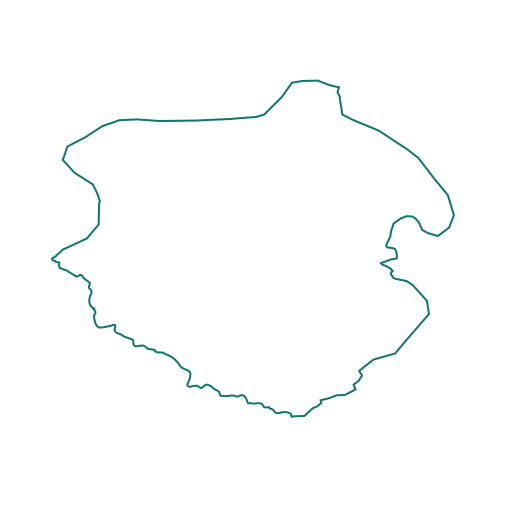 outline of Al Haymah Ad Dakhiliyah, Sana'a, Yemen, rotated 261°
{"feature_id": "15242507B54725687699919", "entity_name": "Al Haymah Ad Dakhiliyah", "entity_type": "district", "adm_level": 2, "iso_a3": "YEM", "parent_name": "Yemen", "parent_adm1": "Sana'a", "projection": "equal_earth", "projection_center": [43.819, 15.276], "detail": "fine", "context": "isolated", "style": "outline", "palette": "teal", "viewbox_px": 512, "rotation_deg": 261, "n_neighbors": 0, "source": "geoboundaries", "source_scale": "gbopen_adm2", "svg_char_len": 5214}
<svg xmlns="http://www.w3.org/2000/svg" viewBox="0 0 512 512"><g transform="rotate(261 256 256)"><path d="M285.4,54.2L284.6,54.1L283.7,54.5L283.3,55.0L283.1,55.7L282.4,56.8L281.3,57.6L280.8,60.1L280.1,60.6L279.5,60.5L278.3,60.0L276.7,60.0L275.3,60.1L274.5,61.2L274.3,61.1L273.4,63.0L272.6,64.0L272.1,65.4L271.4,66.7L270.4,67.8L269.4,68.8L268.0,70.4L267.0,71.7L265.9,72.9L265.0,74.0L264.2,75.1L263.6,76.5L264.2,77.9L264.9,79.2L264.3,80.5L263.3,81.5L262.0,82.0L260.6,82.7L259.6,83.9L258.5,84.7L257.3,86.1L256.3,87.0L255.2,87.7L254.0,87.2L252.9,86.6L251.5,86.2L249.9,86.3L249.5,86.6L248.9,87.3L247.6,87.9L246.5,87.9L246.3,87.9L244.9,87.5L243.7,86.8L242.5,86.0L241.2,85.4L240.0,84.9L239.7,84.8L238.8,84.5L237.4,84.2L236.2,84.2L234.9,84.3L233.3,84.6L232.1,85.3L231.0,86.1L230.6,86.3L230.3,86.8L230.3,86.5L229.7,86.8L228.4,87.5L227.0,88.4L225.8,88.7L225.7,88.7L224.5,88.3L223.4,87.5L222.3,86.5L221.1,86.5L219.5,86.5L218.2,86.5L217.5,86.6L216.8,86.6L215.5,86.7L215.1,86.8L214.3,87.0L213.1,87.4L211.9,88.0L210.5,89.0L210.1,89.3L209.6,91.4L209.5,92.9L209.4,94.5L209.5,96.1L209.6,98.0L209.7,100.0L209.8,101.6L210.2,103.2L210.3,104.7L209.7,106.1L209.3,106.1L208.4,106.0L207.2,105.5L206.0,104.9L204.6,104.8L203.3,105.1L202.1,106.2L201.1,107.8L200.3,109.2L199.4,110.7L198.4,111.7L197.5,112.7L196.6,113.8L195.8,115.5L195.1,116.8L194.1,118.6L193.4,119.9L192.4,121.2L191.1,121.4L189.8,121.3L188.6,121.2L187.4,121.3L186.3,122.1L185.5,123.5L185.5,125.3L185.5,127.1L185.4,128.7L185.3,130.4L184.7,131.5L183.3,132.9L182.1,133.8L181.0,135.2L180.5,136.6L180.2,138.2L179.7,139.8L179.4,140.4L179.3,140.5L179.0,141.4L177.7,141.6L176.5,142.8L176.1,144.3L176.0,144.9L175.7,146.2L175.4,148.0L174.8,149.6L174.3,150.1L173.5,150.9L172.7,152.3L171.9,153.7L170.9,155.1L170.7,155.3L169.8,156.4L169.2,157.1L168.8,157.6L167.7,158.5L166.6,159.7L165.4,160.4L165.2,160.5L164.1,161.4L163.4,161.8L162.8,162.2L161.6,162.8L160.4,163.4L159.3,163.9L158.0,164.7L156.9,165.9L155.9,167.0L155.0,168.6L154.2,170.0L153.0,171.4L151.7,172.6L150.4,172.8L149.2,172.6L147.8,172.3L146.6,171.9L145.4,171.4L144.0,170.7L142.8,170.0L141.6,169.1L140.3,168.2L139.0,168.1L137.9,168.7L137.1,170.1L137.1,171.7L137.4,173.5L137.4,175.3L137.0,177.5L136.3,178.8L135.2,179.6L134.3,180.9L134.5,182.5L135.3,183.6L136.0,184.8L136.7,186.5L136.4,188.3L135.5,189.7L134.6,191.1L133.5,191.9L132.3,192.9L131.2,193.9L130.3,195.0L129.5,196.3L128.4,197.5L127.2,198.4L126.0,198.5L124.8,198.7L123.5,199.4L122.9,200.9L122.7,202.0L122.6,202.6L122.4,204.2L122.2,206.0L122.1,207.8L122.1,209.3L122.0,210.9L121.5,212.6L120.8,214.0L120.0,215.6L120.3,217.1L120.8,218.7L120.7,220.5L120.1,221.9L119.0,222.8L117.8,223.6L116.3,224.1L115.0,224.4L113.7,224.6L112.4,224.9L111.7,225.2L111.5,227.2L111.3,228.7L110.5,230.6L110.5,232.6L110.4,234.2L110.2,235.7L109.7,237.2L109.1,238.7L107.9,239.2L106.7,239.6L105.5,240.4L104.8,242.1L104.8,243.8L104.5,245.4L103.4,245.6L103.1,246.4L102.1,247.9L101.3,248.9L100.8,249.3L98.7,250.3L97.8,251.4L97.2,255.3L97.5,256.4L97.5,259.2L97.0,261.8L95.8,264.6L94.3,265.8L93.0,265.9L91.9,266.1L91.7,266.1L91.7,268.6L91.5,270.2L90.4,278.8L92.7,282.1L94.9,285.4L96.9,288.5L97.9,293.1L100.8,297.6L103.4,297.3L104.1,306.2L105.8,313.8L104.9,322.2L108.3,332.5L108.6,333.4L113.7,332.3L116.6,337.8L121.4,342.1L126.4,339.9L135.3,355.8L137.9,377.6L137.9,377.8L138.0,378.3L145.6,386.9L150.6,392.8L169.2,414.9L171.7,417.8L185.1,417.8L185.2,417.7L191.0,413.9L197.2,409.9L199.1,408.6L202.5,406.4L207.6,401.0L209.7,395.5L211.7,390.1L213.0,388.2L215.6,387.0L217.9,386.3L219.9,388.7L221.2,387.5L222.1,387.3L225.9,382.7L227.6,379.6L228.5,378.8L229.4,378.2L230.4,383.2L231.5,388.6L231.5,394.5L232.4,394.8L234.3,395.3L237.4,395.3L241.2,394.4L242.6,391.7L243.9,387.1L245.6,386.2L247.7,387.1L248.8,387.9L254.0,391.6L255.6,392.1L258.2,392.9L259.5,393.4L263.6,395.5L266.5,396.9L270.3,404.6L271.5,409.8L271.7,410.7L271.7,410.9L270.7,416.4L268.0,419.5L266.9,420.1L263.5,422.3L257.6,423.7L256.2,424.1L255.6,424.4L251.7,429.5L248.8,435.6L247.3,438.8L253.7,450.9L253.8,451.2L261.3,455.5L264.4,457.4L265.3,457.9L271.5,457.0L280.7,455.8L281.7,455.6L286.1,455.0L299.1,447.4L304.7,444.0L305.4,443.7L312.2,440.0L317.0,437.4L323.0,434.1L327.5,431.7L329.6,429.6L330.3,429.0L338.9,420.8L342.9,416.3L347.0,411.8L351.6,406.8L358.2,399.5L360.3,397.2L362.9,393.1L365.9,388.2L371.9,378.4L372.5,377.5L376.1,371.7L380.2,366.2L381.8,364.1L382.3,363.5L398.9,363.4L399.6,363.7L399.9,363.8L400.1,363.7L404.9,362.1L409.6,364.3L413.4,355.2L415.0,352.3L419.6,344.3L420.6,336.7L421.5,329.9L421.6,329.4L421.6,326.5L421.5,318.5L419.7,316.8L409.0,306.4L403.6,298.9L403.0,298.0L395.2,287.3L394.4,286.2L393.3,278.0L394.0,269.7L395.2,254.0L395.3,252.3L396.9,238.5L397.6,232.1L399.3,217.0L399.9,213.0L400.0,212.5L400.6,208.0L402.5,194.9L403.0,191.8L404.4,181.7L407.6,168.2L408.2,165.3L409.5,160.0L411.5,142.4L411.3,141.1L409.9,133.4L408.3,124.7L406.4,120.3L400.4,106.9L399.9,105.8L395.1,91.3L393.6,86.9L385.4,82.5L381.1,80.2L367.1,89.5L366.6,89.8L352.2,106.1L342.8,108.9L338.4,109.7L336.6,110.0L335.9,110.2L334.5,110.4L334.3,110.3L332.6,109.3L311.7,105.5L302.4,94.7L299.7,91.6L298.8,88.2L294.1,71.8L293.4,69.4L293.4,69.2L293.0,68.0L292.6,66.3L292.6,66.2L287.3,58.5L287.2,58.4L285.4,54.2Z" fill="none" stroke="#0f766e" stroke-width="2"/></g></svg>